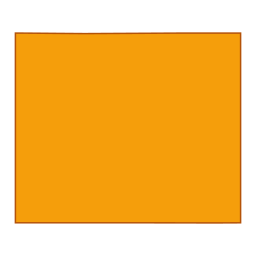 Ngaanyatjarraku, Western Australia, Australia (Mercator projection)
{"feature_id": "25037944B86885707589826", "entity_name": "Ngaanyatjarraku", "entity_type": "district", "adm_level": 2, "iso_a3": "AUS", "parent_name": "Australia", "parent_adm1": "Western Australia", "projection": "mercator", "projection_center": [128.838, -25.094], "detail": "fine", "context": "isolated", "style": "filled", "palette": "amber", "viewbox_px": 256, "rotation_deg": 0, "n_neighbors": 0, "source": "geoboundaries", "source_scale": "gbopen_adm2", "svg_char_len": 2019}
<svg xmlns="http://www.w3.org/2000/svg" viewBox="0 0 256 256"><path d="M240.6,179.5L240.6,160.0L240.6,72.7L240.6,54.7L240.6,33.1L213.7,33.1L179.0,33.1L84.7,33.6L58.0,33.4L34.7,33.2L21.5,33.1L15.4,33.1L15.4,88.5L15.4,145.8L15.4,222.8L33.1,222.8L71.9,222.8L108.2,222.8L144.3,222.8L205.7,222.9L219.8,222.9L240.6,222.8L240.6,221.5L240.6,221.4L240.6,221.0L240.6,220.9L240.6,220.7L240.6,220.4L240.6,220.2L240.6,219.9L240.6,219.6L240.6,219.4L240.6,219.1L240.6,218.9L240.6,218.6L240.6,218.3L240.6,218.1L240.6,217.8L240.6,217.5L240.6,217.3L240.6,217.0L240.6,216.8L240.6,216.5L240.6,216.2L240.6,215.7L240.6,215.2L240.6,214.9L240.6,214.7L240.6,214.4L240.6,214.1L240.6,213.9L240.6,211.0L240.6,210.8L240.6,210.5L240.6,210.2L240.6,209.7L240.6,209.4L240.6,209.2L240.6,208.9L240.6,208.7L240.6,208.4L240.6,208.1L240.6,207.9L240.6,207.6L240.6,207.4L240.6,207.1L240.6,206.8L240.6,206.6L240.6,206.3L240.6,206.1L240.6,205.8L240.6,205.5L240.6,205.3L240.6,205.0L240.6,204.9L240.6,204.7L240.6,204.2L240.6,203.7L240.6,203.4L240.6,202.1L240.6,201.9L240.6,201.6L240.6,201.4L240.6,201.1L240.6,200.8L240.6,200.6L240.6,200.3L240.6,200.0L240.6,199.8L240.6,199.7L240.6,199.4L240.6,199.0L240.6,198.7L240.6,198.2L240.6,197.7L240.6,197.4L240.6,197.2L240.6,196.9L240.6,196.7L240.6,196.4L240.6,196.1L240.6,195.9L240.6,195.6L240.6,195.4L240.6,195.2L240.6,194.8L240.6,194.6L240.6,194.3L240.6,194.1L240.6,193.8L240.6,193.5L240.6,193.3L240.6,193.0L240.6,192.7L240.6,192.2L240.6,191.7L240.6,191.4L240.6,191.2L240.6,189.8L240.6,189.7L240.6,189.4L240.6,189.2L240.6,188.9L240.6,188.7L240.6,188.3L240.6,188.1L240.6,187.8L240.6,187.5L240.6,187.3L240.6,187.0L240.6,186.8L240.6,186.5L240.6,186.2L240.6,185.9L240.6,185.7L240.6,185.3L240.6,185.2L240.6,184.9L240.6,184.6L240.6,184.4L240.6,184.2L240.6,183.9L240.6,183.6L240.6,183.4L240.6,183.1L240.6,182.9L240.6,182.6L240.6,182.3L240.6,182.1L240.6,181.8L240.6,181.6L240.6,181.4L240.6,181.1L240.6,180.8L240.6,180.5L240.6,180.3L240.6,180.0L240.6,179.7L240.6,179.5Z" fill="#f59e0b" stroke="#b45309" stroke-width="1.5"/></svg>